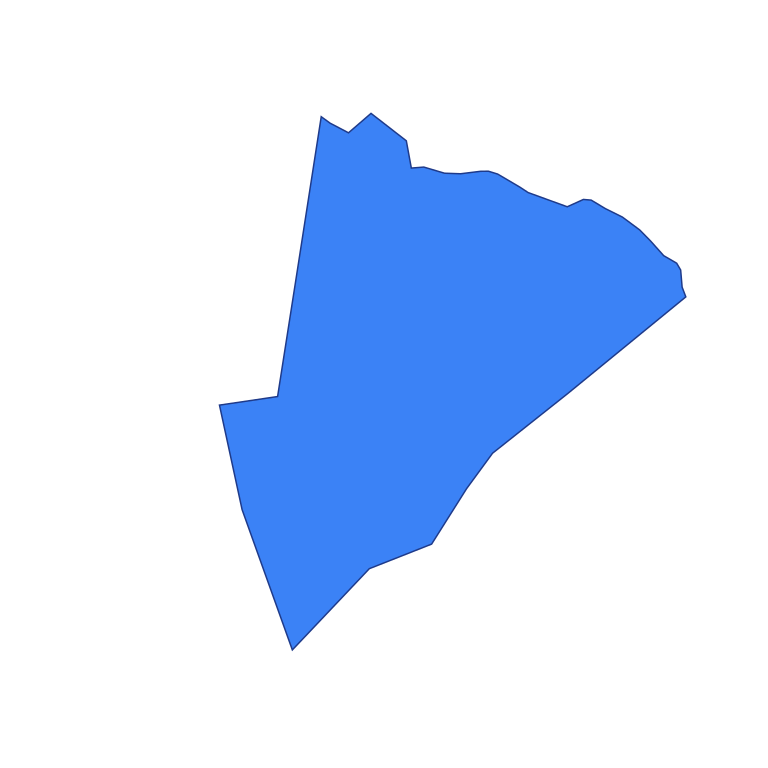 the district of Patu, Rio Grande do Norte, Brazil, rotated 214°
{"feature_id": "56859067B11230270721601", "entity_name": "Patu", "entity_type": "district", "adm_level": 2, "iso_a3": "BRA", "parent_name": "Brazil", "parent_adm1": "Rio Grande do Norte", "projection": "orthographic", "projection_center": [-37.626, -6.066], "detail": "fine", "context": "isolated", "style": "filled", "palette": "blue", "viewbox_px": 768, "rotation_deg": 214, "n_neighbors": 0, "source": "geoboundaries", "source_scale": "gbopen_adm2", "svg_char_len": 627}
<svg xmlns="http://www.w3.org/2000/svg" viewBox="0 0 768 768"><g transform="rotate(214 384 384)"><path d="M182.5,625.0L191.0,631.0L201.8,644.4L208.9,647.8L223.9,646.8L242.9,651.6L258.1,654.7L279.7,655.7L298.5,653.2L315.1,652.3L321.9,648.5L331.2,633.4L371.6,623.3L381.2,623.2L407.2,621.6L416.4,618.8L422.8,614.4L438.1,601.1L451.7,592.6L472.3,586.1L482.1,578.3L501.5,598.1L546.1,601.1L553.9,572.4L574.6,570.1L585.5,570.5L513.2,416.6L465.2,314.1L508.6,274.5L431.4,200.5L311.3,112.3L306.9,138.5L292.9,222.7L255.0,277.9L257.0,343.4L255.3,387.3L226.6,478.0L182.5,625.0Z" fill="#3b82f6" stroke="#1e3a8a" stroke-width="1.5"/></g></svg>